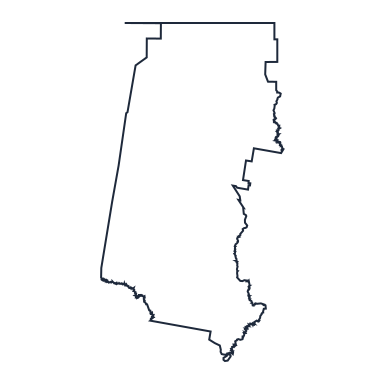 the district of Vera, Santa Fe, Argentina
{"feature_id": "61730980B38020683731034", "entity_name": "Vera", "entity_type": "district", "adm_level": 2, "iso_a3": "ARG", "parent_name": "Argentina", "parent_adm1": "Santa Fe", "projection": "mercator", "projection_center": [-60.689, -29.083], "detail": "fine", "context": "isolated", "style": "outline", "palette": "slate", "viewbox_px": 384, "rotation_deg": 0, "n_neighbors": 0, "source": "geoboundaries", "source_scale": "gbopen_adm2", "svg_char_len": 6079}
<svg xmlns="http://www.w3.org/2000/svg" viewBox="0 0 384 384"><path d="M274.4,23.0L124.7,23.0L160.9,23.2L160.8,38.6L146.8,38.5L146.7,57.4L135.6,65.4L127.5,112.2L126.2,113.2L118.6,165.7L112.2,201.5L101.3,268.0L101.1,277.5L101.9,279.0L101.6,279.6L102.1,280.0L102.7,279.0L103.5,279.9L103.3,280.5L104.2,280.7L104.3,279.3L104.7,279.7L104.6,280.4L105.5,280.0L105.6,280.9L106.0,280.4L106.4,280.5L106.5,279.9L107.2,280.3L107.0,281.0L106.3,280.9L107.3,281.4L106.7,281.9L106.9,282.1L108.0,281.6L108.8,282.6L110.5,281.9L111.1,282.5L111.6,282.0L112.4,282.0L112.4,281.4L114.2,283.3L114.8,283.0L115.4,283.5L116.5,282.8L116.6,283.2L115.9,283.9L116.5,284.2L117.7,283.4L118.8,283.6L119.1,283.1L119.8,283.8L120.8,283.8L121.3,283.3L122.4,283.6L122.2,284.1L122.6,284.4L123.4,284.0L124.3,284.5L124.5,283.5L125.1,285.1L126.2,284.1L126.6,284.8L125.8,285.0L125.9,285.5L127.1,285.7L128.0,286.5L128.5,286.2L129.1,287.9L130.3,288.1L130.7,287.6L131.2,288.6L131.7,287.9L133.0,288.5L133.7,288.0L133.3,289.2L134.1,289.7L133.5,291.0L134.4,291.1L134.8,292.0L135.4,292.2L135.1,293.1L136.1,293.5L135.9,294.7L134.8,295.4L136.1,295.8L135.9,297.3L136.8,297.0L137.3,297.4L137.2,298.0L138.0,297.7L137.8,296.3L138.8,296.5L138.7,295.8L139.5,295.7L139.2,295.0L140.1,295.0L140.3,295.9L141.5,295.8L141.6,295.1L142.4,295.4L142.7,296.2L143.8,296.6L144.5,296.2L144.7,297.6L144.0,297.7L143.8,298.2L143.8,299.2L144.6,300.4L144.0,300.9L144.2,301.9L145.2,302.3L146.1,304.2L146.7,304.0L147.2,304.6L149.2,310.3L150.3,310.6L150.3,311.4L150.9,312.0L151.0,312.6L150.4,313.1L150.7,314.0L151.2,314.1L152.1,313.1L152.2,314.3L152.7,314.7L152.6,315.4L153.4,315.2L153.0,316.3L153.5,317.0L151.8,317.0L151.7,317.6L152.3,318.2L150.8,318.9L150.7,319.3L151.4,320.1L150.5,320.7L210.6,331.5L209.2,339.6L214.8,343.1L219.8,345.5L220.8,349.7L220.6,351.8L221.7,354.1L224.8,354.7L227.3,354.4L226.8,355.9L223.5,357.9L223.5,359.8L224.9,361.0L227.7,360.6L230.6,356.5L230.6,355.5L230.1,354.9L226.9,354.0L227.2,353.4L229.1,353.5L229.2,352.9L230.3,352.6L231.2,353.1L231.6,352.8L232.8,354.0L233.1,352.5L232.7,351.9L233.1,351.2L232.0,351.0L232.1,350.1L231.1,350.1L231.6,349.2L231.1,348.7L232.2,347.9L232.5,347.4L232.3,346.9L233.8,346.6L234.1,346.9L234.5,346.5L234.2,345.8L234.7,346.1L235.4,345.9L234.7,345.9L235.1,345.7L234.6,345.5L235.4,345.0L234.9,344.5L235.5,344.5L235.2,344.1L235.7,343.9L235.2,341.3L236.9,340.3L237.0,339.6L238.3,339.1L240.4,339.8L242.5,339.2L242.9,337.8L242.5,337.3L242.6,336.4L244.3,336.3L243.9,336.2L244.3,334.1L243.8,333.0L245.4,333.0L244.9,332.3L245.4,332.5L246.3,330.9L244.9,329.2L245.1,328.8L246.0,328.8L245.3,328.3L246.2,328.2L245.9,327.3L246.9,327.6L246.4,326.7L246.6,326.3L247.9,326.5L248.1,326.0L248.8,326.1L248.4,325.7L249.2,325.4L248.9,324.6L249.5,324.9L250.2,323.6L251.0,324.2L251.5,323.9L251.4,324.1L251.6,324.5L251.5,324.1L252.0,324.0L251.9,324.5L252.5,324.8L252.7,324.3L252.9,324.8L253.0,324.5L254.1,324.8L254.3,324.2L253.7,324.2L253.5,323.6L254.3,323.8L253.9,323.4L254.6,322.7L254.6,321.9L256.7,320.6L258.2,321.6L258.7,321.5L259.4,320.5L258.8,320.1L260.1,317.9L260.3,316.0L261.7,314.2L261.6,313.6L262.6,312.6L263.2,312.5L263.1,311.5L263.8,308.8L265.8,308.6L265.5,305.4L264.4,304.9L263.6,305.1L263.3,304.8L263.8,304.4L260.9,303.4L257.0,303.8L255.8,303.4L255.4,304.1L254.9,303.8L254.2,304.9L253.2,305.1L253.3,305.5L252.7,305.4L252.3,303.0L251.7,302.9L252.0,302.6L251.4,301.0L249.6,300.1L249.4,299.6L249.7,299.3L248.9,299.2L249.4,299.0L249.6,297.8L249.1,297.8L249.3,297.0L248.9,296.5L249.4,296.1L249.1,296.1L249.1,295.2L248.4,295.2L248.7,293.6L247.7,291.6L247.9,290.6L249.0,289.6L248.6,289.2L249.5,288.3L248.8,287.2L249.3,287.0L248.9,286.4L249.6,285.8L249.2,285.8L249.6,285.2L248.7,280.6L248.2,281.2L248.0,280.8L248.0,281.2L247.3,281.3L247.2,280.8L246.4,281.1L246.4,280.5L244.3,280.2L242.5,281.1L240.3,280.9L237.1,277.4L237.5,276.1L237.1,273.3L237.2,271.6L237.8,271.0L237.3,270.8L237.0,269.6L237.5,269.2L237.1,269.4L237.0,268.8L237.6,266.5L237.2,265.6L237.4,263.4L236.7,262.6L237.4,261.8L236.0,261.0L236.6,261.0L236.4,258.7L235.9,258.2L235.4,256.1L235.7,255.8L234.3,253.7L234.9,253.4L235.2,251.8L234.8,251.4L235.3,251.2L234.8,250.2L235.3,249.2L234.9,248.8L235.1,246.8L234.9,246.5L235.3,246.3L234.9,246.0L235.6,244.3L236.9,243.3L237.6,242.5L237.5,241.8L238.0,241.6L238.1,240.9L237.1,238.8L237.5,237.6L239.3,236.9L238.8,236.5L239.4,236.4L239.2,235.8L240.4,235.0L240.3,233.9L243.1,230.7L242.7,229.1L244.1,228.1L245.5,227.9L246.6,227.3L247.2,225.5L245.0,222.7L244.9,219.8L246.3,216.1L245.9,215.1L243.8,213.9L243.2,208.0L243.8,208.1L238.4,199.9L240.3,200.3L239.7,196.3L232.8,185.6L235.9,186.1L237.1,187.7L248.0,189.6L248.6,185.2L250.0,185.4L250.3,183.3L248.5,183.0L248.7,181.0L243.0,180.1L246.0,160.5L251.7,161.4L253.9,148.3L281.1,153.1L282.3,151.1L281.7,151.4L281.6,150.2L282.4,150.0L282.9,149.2L281.9,149.2L282.5,148.2L281.9,146.9L282.0,145.6L281.8,146.1L281.2,146.0L281.2,145.6L280.7,145.9L280.7,145.3L279.9,145.1L280.3,143.4L279.8,143.3L280.0,142.7L279.5,142.6L279.6,142.2L278.8,142.3L279.3,141.9L277.8,141.3L277.8,141.9L277.2,141.5L277.2,142.0L276.6,141.9L277.0,140.8L275.3,140.5L276.3,140.0L275.8,139.9L276.2,139.4L275.5,139.2L276.2,138.4L275.6,137.9L275.8,137.3L277.0,137.0L276.8,136.6L278.2,136.1L278.4,135.6L277.9,135.7L277.7,135.2L278.9,134.2L278.0,134.2L278.4,133.2L277.9,133.9L277.9,132.9L277.5,133.2L277.5,132.8L276.6,132.8L277.3,132.6L277.0,131.7L278.0,131.7L276.9,131.2L277.5,130.8L278.0,131.1L277.4,130.3L278.5,130.1L278.5,129.1L279.7,128.3L278.5,128.0L279.2,127.2L278.3,126.6L278.9,126.8L279.2,125.7L278.2,125.7L277.6,124.1L276.3,123.5L276.5,122.8L274.2,122.3L274.6,121.5L274.0,121.2L274.3,120.3L273.8,120.6L273.6,119.8L274.2,119.3L274.9,119.4L275.8,118.6L275.4,118.3L275.6,117.7L274.7,117.2L274.8,116.8L274.2,116.1L274.5,115.8L274.0,114.8L274.4,113.9L274.1,113.7L274.6,113.0L273.5,110.3L274.3,108.6L274.7,105.8L274.5,104.8L276.0,104.2L276.7,103.3L276.8,102.5L276.4,101.3L277.5,99.3L277.5,98.4L277.9,97.6L280.1,96.4L280.7,93.6L279.3,92.7L277.2,92.5L277.4,91.7L276.2,90.2L276.2,81.8L268.0,81.7L265.2,74.4L265.6,62.0L277.3,61.9L277.3,39.3L274.4,39.3L274.4,23.0Z" fill="none" stroke="#1e293b" stroke-width="2"/></svg>